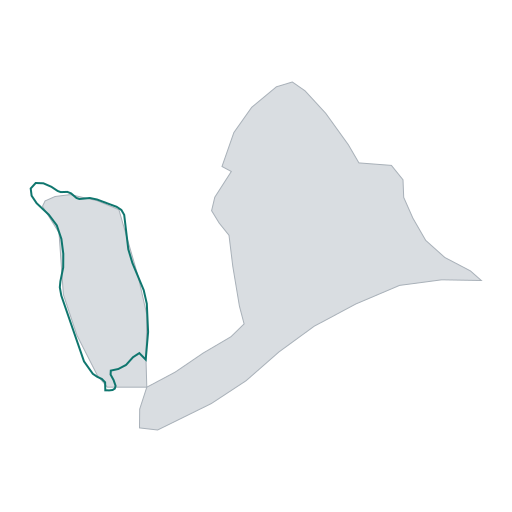 Brunei, with Temburong highlighted, rotated 180°
{"feature_id": "BRN-1183", "entity_name": "Temburong", "entity_type": "District", "adm_level": 1, "iso_a3": "BRN", "parent_name": "Brunei", "parent_adm1": "", "projection": "orthographic", "projection_center": [115.184, 4.611], "detail": "fine", "context": "in_parent", "style": "outline", "palette": "teal", "viewbox_px": 512, "rotation_deg": 180, "n_neighbors": 0, "source": "natural_earth", "source_scale": "10m", "svg_char_len": 1493}
<svg xmlns="http://www.w3.org/2000/svg" viewBox="0 0 512 512"><g transform="rotate(180 256 256)"><path d="M365.2,124.8L336.8,139.9L308.9,158.9L281.0,175.3L267.9,188.1L272.6,206.0L279.2,245.6L283.0,276.7L292.8,288.9L300.4,301.3L297.2,314.8L280.7,340.5L290.0,345.5L278.1,379.5L260.3,404.7L235.6,425.2L219.7,430.0L207.0,421.2L186.3,398.7L163.7,367.3L153.1,349.1L120.6,346.6L109.0,332.2L108.3,314.6L99.1,293.8L86.3,271.6L67.2,254.5L41.6,241.1L30.7,231.5L70.3,232.2L112.5,226.6L156.0,208.1L197.8,185.8L233.0,160.1L265.9,131.3L300.6,108.5L354.4,82.0L372.5,84.1L372.3,102.9L365.2,124.8ZM404.6,124.8L414.5,136.3L435.1,176.8L448.6,217.4L453.0,279.3L469.5,305.7L466.9,311.1L456.9,315.5L441.6,317.4L415.2,311.4L393.1,302.3L373.8,235.3L365.2,197.4L366.0,152.2L365.2,124.8L404.6,124.8Z" fill="#d9dde1" stroke="#a8b0b8" stroke-width="1"/><path d="M406.7,121.7L406.9,129.7L410.1,133.0L414.8,135.2L419.2,138.2L428.0,150.6L450.7,216.4L452.2,224.7L451.6,230.7L448.8,244.5L448.7,258.2L450.6,273.0L455.2,286.6L463.2,297.3L475.4,308.8L480.4,316.3L481.3,323.5L476.3,329.0L468.6,328.7L460.6,325.2L454.3,321.0L451.3,319.9L444.6,320.1L440.9,318.6L435.5,314.0L432.6,313.0L422.2,314.0L415.0,312.5L395.2,305.1L390.6,302.0L387.8,297.1L383.7,262.7L379.6,249.0L368.3,221.9L365.2,208.3L363.9,180.0L366.3,152.4L372.7,158.9L379.0,154.8L385.9,147.1L393.7,143.0L401.2,141.4L401.4,137.4L398.4,131.9L396.4,126.1L397.2,123.4L399.4,122.0L402.7,121.6L406.6,121.7L406.7,121.7Z" fill="none" stroke="#0f766e" stroke-width="2"/></g></svg>